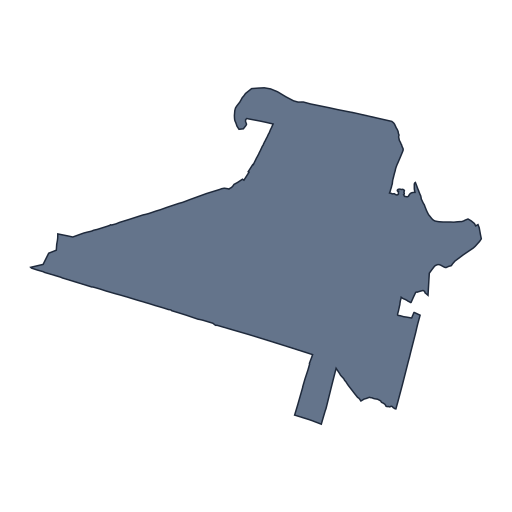 Dobrun, Olt, Romania
{"feature_id": "2599482B92313986888517", "entity_name": "Dobrun", "entity_type": "district", "adm_level": 2, "iso_a3": "ROU", "parent_name": "Romania", "parent_adm1": "Olt", "projection": "orthographic", "projection_center": [24.23, 44.251], "detail": "fine", "context": "isolated", "style": "filled", "palette": "slate", "viewbox_px": 512, "rotation_deg": 0, "n_neighbors": 0, "source": "geoboundaries", "source_scale": "gbopen_adm2", "svg_char_len": 6092}
<svg xmlns="http://www.w3.org/2000/svg" viewBox="0 0 512 512"><path d="M321.3,424.2L322.4,420.3L325.2,410.8L326.0,408.6L331.8,385.2L336.1,368.3L337.1,369.8L338.5,371.9L339.7,373.7L340.4,375.0L341.6,376.4L343.7,378.6L344.1,379.3L344.6,380.3L346.0,381.9L347.0,383.5L348.2,385.3L354.9,394.0L357.7,397.5L358.4,397.8L359.5,398.9L360.9,401.0L362.9,399.8L364.2,399.0L366.2,398.5L367.8,397.9L369.4,397.3L370.8,397.7L372.1,397.8L373.3,398.4L374.4,398.7L375.6,398.9L376.8,399.1L377.5,399.2L378.3,399.6L379.2,400.1L380.2,400.6L380.9,401.2L381.2,401.9L381.7,402.4L382.8,402.9L383.8,403.5L384.7,404.1L385.5,405.1L385.8,406.0L386.3,406.3L387.0,406.6L387.9,406.6L388.4,406.5L389.2,406.8L389.9,406.9L390.2,406.7L390.7,406.4L391.5,406.3L392.2,406.5L392.6,406.9L393.3,407.7L394.0,408.1L395.1,408.8L395.9,408.9L398.1,400.9L402.4,384.7L406.6,368.2L408.3,361.5L409.5,357.1L410.5,352.9L412.8,343.9L415.3,334.1L415.8,332.1L416.8,327.7L417.7,324.0L418.3,321.8L419.4,317.8L420.1,315.2L414.4,312.5L414.0,312.5L413.8,312.8L413.5,313.5L413.2,314.4L412.7,315.4L412.1,316.9L411.7,317.9L411.3,318.0L410.4,317.8L408.8,317.5L406.5,317.1L403.6,316.7L400.2,315.7L398.8,315.5L398.1,315.4L397.6,315.0L397.6,314.5L397.7,313.6L398.3,311.5L398.6,310.3L398.8,309.2L399.2,307.5L399.5,305.9L399.8,304.9L399.9,303.7L400.3,301.1L400.6,299.8L401.0,298.5L401.1,298.1L401.2,297.3L401.7,297.7L402.5,298.2L403.3,298.7L404.1,299.0L404.9,299.3L405.7,299.7L406.4,300.1L407.0,300.4L407.9,301.1L408.7,301.5L409.5,301.8L410.4,302.5L410.8,302.5L411.1,302.4L411.7,301.0L412.3,299.7L413.5,297.0L414.5,294.9L415.6,292.5L416.0,292.2L416.5,292.1L417.6,292.1L418.2,291.8L420.6,291.1L422.9,290.5L423.4,290.6L423.9,291.0L424.5,291.3L424.8,292.0L425.1,292.9L425.7,293.3L428.0,295.3L429.3,273.2L432.0,269.5L434.4,266.4L435.2,265.7L436.3,265.1L437.7,264.6L439.0,264.6L440.4,265.0L444.2,267.1L445.3,267.5L446.2,267.5L447.9,266.7L449.1,266.2L451.0,265.8L451.5,265.4L452.5,263.9L454.9,261.1L463.3,254.8L468.9,251.0L473.2,248.1L475.2,246.3L479.6,241.4L481.3,238.8L480.4,234.3L479.2,227.7L478.0,224.6L475.7,225.9L474.4,223.5L471.1,220.8L468.0,219.0L466.5,219.6L465.0,220.2L463.8,220.9L462.6,221.3L461.6,221.6L460.1,221.6L457.2,221.8L453.7,222.2L450.4,222.0L447.4,222.0L442.9,222.0L438.7,221.7L436.4,221.3L435.0,221.0L433.8,220.4L432.6,219.5L431.5,218.3L429.6,215.9L428.8,215.0L428.1,213.8L427.2,212.0L426.5,210.5L424.9,206.5L424.6,205.6L424.2,204.6L423.4,203.4L422.8,202.2L422.2,200.9L421.8,200.0L421.4,199.4L421.2,198.4L421.1,197.7L420.7,195.8L419.9,194.1L419.1,192.1L418.5,190.4L417.9,189.1L417.1,186.9L416.3,184.8L415.4,182.5L414.7,183.0L414.3,184.0L414.3,188.5L414.4,189.7L415.0,192.4L413.6,192.4L411.9,192.7L410.4,193.4L409.3,194.7L408.3,196.4L407.3,196.8L406.3,196.7L405.6,196.5L404.5,196.4L403.6,194.6L404.2,194.1L404.3,193.2L403.9,192.4L404.4,190.6L404.0,190.0L402.8,189.3L401.5,189.5L399.8,189.1L398.7,189.2L397.9,189.5L397.5,189.9L397.3,190.4L397.4,190.9L397.6,191.2L398.6,191.3L398.3,192.7L398.5,193.9L398.1,194.5L397.3,194.9L396.3,194.9L395.3,194.4L394.3,193.7L392.1,193.9L391.4,193.4L389.5,193.0L390.3,191.0L390.6,189.6L391.3,187.6L391.8,185.4L392.3,183.8L392.4,182.6L392.7,180.2L393.4,177.5L394.3,173.8L395.2,170.7L395.6,168.7L396.3,166.6L397.1,164.5L397.9,162.8L400.5,156.7L402.7,151.4L403.2,149.9L403.1,149.5L403.1,148.8L402.9,148.2L402.5,147.5L402.2,146.8L401.8,145.7L401.5,144.6L401.0,143.9L400.7,143.2L400.5,142.4L399.9,141.5L399.3,140.2L398.8,137.7L398.6,137.1L398.7,136.4L398.9,135.7L399.0,135.1L398.9,134.6L398.6,134.0L398.4,133.4L398.3,132.8L398.2,132.2L398.1,131.5L397.7,130.5L397.4,129.9L397.1,129.2L396.6,128.5L396.1,127.6L395.8,127.1L395.7,126.5L395.4,126.0L395.1,125.5L394.7,124.4L394.2,123.7L393.6,122.9L393.0,122.4L391.8,121.4L354.4,112.9L337.6,109.6L329.0,107.7L310.3,103.9L303.3,102.0L298.1,102.1L293.5,100.8L285.9,96.8L277.6,91.8L270.6,88.9L264.3,87.8L258.2,88.1L251.6,88.6L245.5,93.5L243.9,95.8L242.3,97.6L241.1,99.8L239.8,102.1L238.3,104.0L236.6,106.2L235.5,108.0L234.8,110.6L234.4,115.5L234.5,118.0L234.7,119.9L235.1,121.2L235.7,122.5L236.3,124.1L236.9,126.0L237.9,127.6L239.0,129.3L243.4,128.8L243.9,128.1L244.3,127.6L244.7,127.1L245.7,125.8L246.4,124.7L246.5,124.1L246.1,123.0L245.6,121.7L245.5,121.1L245.6,120.5L245.6,119.8L245.8,119.5L246.4,118.9L246.8,118.5L248.5,118.9L253.4,119.8L259.8,121.0L265.0,122.1L268.9,123.0L273.1,124.0L271.3,128.1L270.8,129.0L270.4,129.9L269.2,132.9L268.4,134.2L267.2,136.9L266.1,138.9L264.9,141.4L264.4,142.1L264.2,142.7L263.5,144.1L263.2,145.1L262.7,145.7L262.0,146.9L261.7,147.7L261.5,148.1L261.2,148.7L260.7,149.8L260.4,150.6L259.9,151.4L259.6,152.1L259.2,152.8L258.6,154.3L258.2,154.9L257.5,156.3L256.4,158.2L255.6,159.9L254.3,162.5L253.3,164.7L252.8,164.5L248.2,171.7L249.0,172.2L243.9,180.2L242.5,179.2L237.5,182.5L234.0,184.4L233.2,185.6L232.5,186.5L231.3,187.6L230.1,188.2L228.9,189.1L228.3,188.8L227.0,188.6L224.3,188.2L221.6,188.7L219.9,189.4L206.6,193.5L189.0,199.9L187.0,200.7L182.5,202.4L178.8,203.4L166.8,207.4L160.5,209.7L155.8,211.1L152.1,212.4L148.5,213.6L145.5,214.4L143.1,214.9L128.6,219.6L119.5,222.4L115.9,223.9L111.7,225.0L110.5,224.8L110.1,225.1L109.7,225.4L107.1,226.3L97.3,229.4L93.8,230.2L93.0,230.5L92.2,230.9L91.6,231.1L90.9,231.3L87.4,232.1L83.9,233.0L80.5,234.2L72.8,237.0L67.2,235.8L59.2,234.2L57.8,233.9L57.7,238.0L57.4,240.5L56.7,244.4L56.3,250.2L48.7,253.2L43.1,264.4L30.7,267.3L31.5,268.1L37.2,270.0L43.6,271.8L44.2,272.3L60.7,277.2L62.5,278.0L78.9,283.0L91.8,287.0L92.9,287.0L96.2,287.9L100.6,289.2L104.2,290.4L106.3,291.1L107.4,291.4L115.3,293.7L118.7,294.6L120.9,295.2L126.0,296.7L126.5,296.8L133.2,298.9L137.5,300.2L140.6,301.1L142.8,301.7L146.0,302.7L148.5,303.4L153.9,305.1L154.4,305.3L160.0,306.9L163.7,308.0L168.6,309.6L170.5,309.8L171.1,310.1L171.7,310.7L178.0,312.6L186.3,315.2L198.0,319.2L200.3,319.6L202.8,320.2L212.4,323.1L212.8,323.2L215.5,325.3L217.1,325.3L233.5,330.1L248.7,334.5L280.9,344.5L312.6,354.6L311.8,357.0L309.4,363.4L309.6,364.1L308.0,369.8L305.0,378.9L302.7,386.8L302.7,387.3L297.8,404.5L294.9,414.2L294.6,415.1L308.8,419.5L312.8,420.9L314.0,421.4L318.5,423.1L321.3,424.2Z" fill="#64748b" stroke="#1e293b" stroke-width="1.5"/></svg>